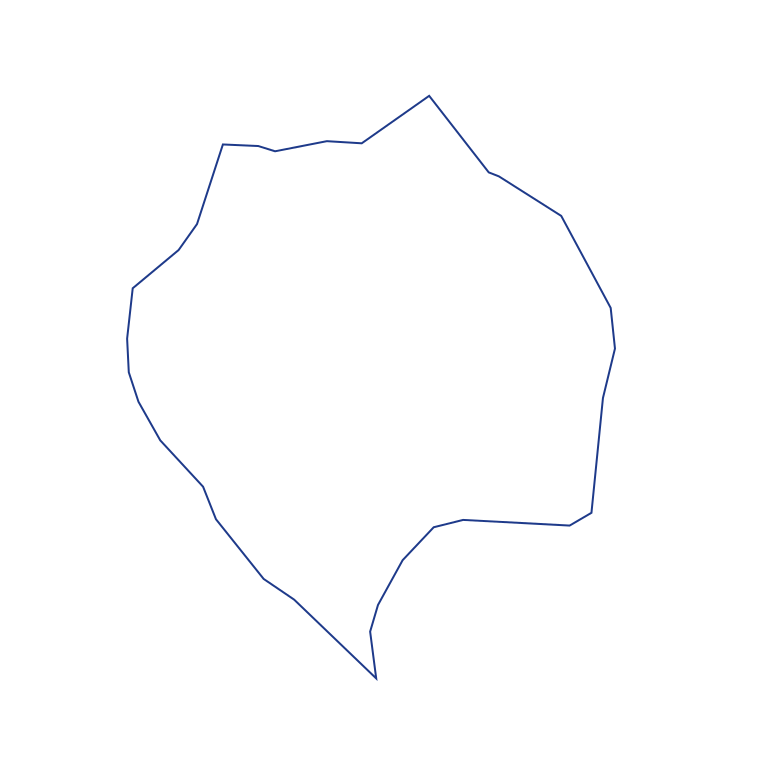 map outline of Postojna (orthographic projection), rotated 72°
{"feature_id": "SVN-978", "entity_name": "Postojna", "entity_type": "Municipality", "adm_level": 1, "iso_a3": "SVN", "parent_name": "Slovenia", "parent_adm1": "", "projection": "orthographic", "projection_center": [14.172, 45.79], "detail": "fine", "context": "isolated", "style": "outline", "palette": "blue", "viewbox_px": 768, "rotation_deg": 72, "n_neighbors": 0, "source": "natural_earth", "source_scale": "10m", "svg_char_len": 549}
<svg xmlns="http://www.w3.org/2000/svg" viewBox="0 0 768 768"><g transform="rotate(72 384 384)"><path d="M570.6,226.5L576.0,251.2L537.7,350.8L535.6,381.0L557.3,420.7L592.3,458.0L615.2,473.7L661.6,482.4L561.3,536.1L532.2,558.7L460.7,585.6L425.8,587.8L368.5,614.2L325.0,623.0L294.0,623.1L261.5,614.3L215.3,593.4L193.1,537.9L174.1,512.4L106.4,463.2L118.8,430.1L129.0,415.7L135.4,363.3L148.2,330.8L123.9,252.0L215.1,219.0L222.0,210.6L278.9,163.5L381.7,144.9L421.7,153.4L465.0,180.1L570.6,226.5Z" fill="none" stroke="#1e3a8a" stroke-width="2"/></g></svg>